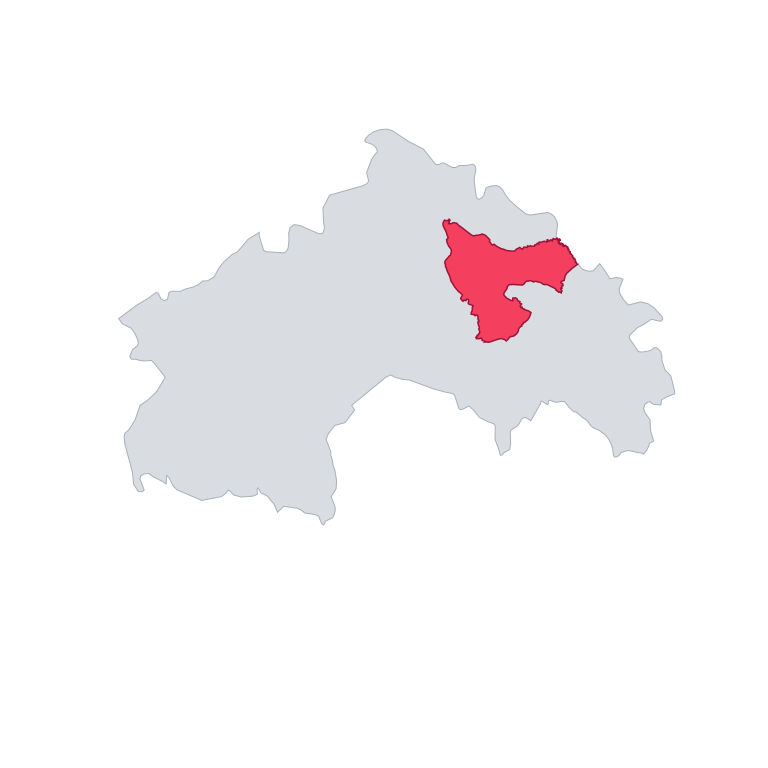 location of Kankan, Kankan, Guinea, rotated 321°
{"feature_id": "49546643B29721322070698", "entity_name": "Kankan", "entity_type": "district", "adm_level": 2, "iso_a3": "GIN", "parent_name": "Guinea", "parent_adm1": "Kankan", "projection": "robinson", "projection_center": [-9.056, 10.226], "detail": "fine", "context": "in_parent", "style": "filled", "palette": "rose", "viewbox_px": 768, "rotation_deg": 321, "n_neighbors": 0, "source": "geoboundaries", "source_scale": "gbopen_adm2", "svg_char_len": 9737}
<svg xmlns="http://www.w3.org/2000/svg" viewBox="0 0 768 768"><g transform="rotate(321 384 384)"><path d="M459.7,500.5L454.3,499.7L451.9,500.8L444.7,510.3L440.4,514.0L433.7,512.9L431.3,513.5L429.5,512.5L432.0,507.3L435.4,496.9L444.2,486.5L444.4,484.3L440.8,478.3L437.1,470.0L437.1,461.1L436.3,454.7L428.6,452.9L427.1,451.8L426.9,449.6L431.3,438.6L431.7,436.3L431.1,434.3L426.4,428.7L418.9,418.2L406.1,396.7L401.3,392.1L396.8,385.6L395.0,381.4L390.3,379.9L345.5,380.2L344.7,385.8L329.3,389.5L319.8,385.2L309.2,387.7L304.1,390.6L300.1,403.1L297.8,405.8L295.6,411.5L293.5,414.6L291.2,420.8L286.1,429.6L280.8,435.3L271.9,438.4L269.1,447.7L267.0,451.1L263.5,453.9L259.8,455.6L252.5,453.8L248.4,455.5L247.7,453.2L250.0,445.8L248.2,442.0L241.2,434.3L240.5,430.6L238.4,425.9L229.1,416.0L220.5,416.7L222.9,408.4L222.8,397.5L219.9,391.5L220.7,385.4L219.1,385.8L216.2,390.0L211.5,388.6L202.1,382.1L197.4,375.8L196.9,370.4L195.8,368.3L192.9,369.4L187.0,369.3L169.1,359.8L156.4,335.7L156.1,330.3L158.0,321.0L157.6,318.4L151.7,324.6L150.6,320.5L146.2,310.8L144.9,305.3L140.6,302.8L137.1,302.3L134.5,304.2L130.9,315.5L128.3,315.4L125.5,313.0L126.2,304.6L133.1,294.0L144.9,267.4L149.0,261.3L151.7,259.2L157.1,259.0L167.8,255.4L181.0,247.1L191.0,247.8L202.8,246.8L218.3,241.1L218.5,223.2L218.0,219.2L212.6,215.6L209.4,212.5L206.7,208.6L203.3,205.8L203.5,202.8L210.3,199.0L216.6,199.1L218.7,197.6L220.3,195.0L222.1,188.6L222.7,181.8L218.6,172.7L218.9,166.2L241.5,167.1L253.9,168.9L264.1,169.4L265.7,170.9L264.3,177.2L265.6,180.9L269.0,181.9L274.7,177.5L277.7,178.5L284.0,183.9L289.9,185.4L296.4,188.4L302.4,190.0L307.8,189.8L311.9,192.8L319.4,193.8L329.2,189.9L336.9,188.2L347.6,187.8L353.3,189.1L369.7,186.0L382.6,187.7L380.5,189.8L374.6,204.1L375.3,206.7L388.4,218.8L391.5,219.7L395.1,218.0L400.7,212.4L405.2,206.4L409.5,203.4L414.5,203.6L418.4,207.9L427.7,225.8L430.1,228.1L432.3,228.0L436.4,224.7L438.5,220.8L447.2,208.9L460.6,203.0L492.3,216.6L497.0,217.6L499.8,216.6L503.7,208.6L515.7,201.7L521.4,199.8L524.7,199.6L526.0,197.4L526.6,194.2L525.9,190.8L522.2,184.7L522.1,182.9L524.2,181.7L528.8,180.9L534.7,181.5L541.4,184.1L546.8,187.9L549.9,192.4L555.8,211.3L562.5,226.2L562.3,246.1L565.2,248.1L568.5,248.9L570.0,250.5L573.3,258.7L576.3,261.1L580.0,261.6L586.9,266.9L591.3,269.0L591.9,270.5L591.8,272.7L590.1,275.5L583.4,281.0L580.1,285.7L573.4,296.9L573.2,299.0L574.6,300.6L577.4,300.8L580.4,300.1L586.6,295.9L591.5,297.4L596.3,300.5L598.0,303.8L598.4,308.1L597.4,313.6L597.2,319.8L598.8,330.3L601.2,340.8L603.7,344.6L619.4,353.9L621.0,357.4L621.8,361.3L620.6,366.6L619.0,369.6L610.4,377.8L609.1,381.7L609.8,389.0L610.4,419.9L613.8,425.0L617.8,427.7L627.3,426.2L627.0,434.8L625.8,444.4L631.3,447.3L634.1,450.2L635.6,453.0L626.9,458.0L624.4,461.0L623.2,469.0L623.5,476.4L635.2,481.7L639.7,487.9L641.8,494.3L642.5,506.5L641.4,509.2L638.4,509.3L632.4,501.9L623.3,501.1L616.6,499.7L605.3,500.7L603.4,502.9L602.1,519.0L604.8,521.7L610.2,524.7L613.7,526.0L616.7,525.7L618.9,527.7L619.4,533.0L617.8,536.8L614.9,540.5L611.2,549.8L612.0,558.3L605.6,571.9L603.8,574.6L595.4,571.9L589.9,571.0L585.9,574.5L580.4,569.1L579.4,565.0L577.4,564.1L573.7,564.1L570.3,566.4L568.8,570.7L568.1,579.5L561.9,587.7L557.6,598.1L552.6,597.1L551.5,598.4L546.1,601.0L541.5,601.8L540.3,599.0L537.7,596.8L534.7,592.4L531.3,588.9L524.8,586.4L522.3,587.5L519.2,587.2L517.2,585.8L517.5,583.7L520.9,578.3L522.8,573.4L523.9,568.0L523.9,562.9L522.1,555.6L519.2,549.9L518.4,546.5L518.8,541.8L518.1,537.4L517.2,535.1L515.8,526.7L514.1,525.2L513.1,518.5L513.4,511.6L510.9,509.0L507.0,507.1L504.6,504.4L503.2,501.4L501.8,500.6L500.6,500.7L499.5,502.6L498.1,503.0L495.8,496.6L494.9,496.3L493.3,497.8L475.0,504.9L472.7,498.8L469.2,497.7L463.2,500.2L459.7,500.5Z" fill="#d9dde1" stroke="#a8b0b8" stroke-width="1"/><path d="M609.7,412.8L609.3,412.4L609.6,410.9L609.9,410.5L609.9,410.3L609.3,409.7L609.7,409.5L610.0,409.0L610.6,408.6L610.7,407.8L611.0,407.2L611.0,406.8L610.9,406.4L610.4,406.2L610.5,406.1L610.8,406.0L610.9,405.9L610.6,405.2L610.6,404.7L610.4,404.3L610.8,403.4L611.2,403.4L611.4,402.9L611.1,401.2L611.3,400.7L610.9,400.2L611.3,399.3L610.9,398.9L611.0,398.6L611.9,398.5L612.0,398.4L611.5,397.2L611.5,396.3L612.3,395.9L612.3,395.7L611.7,395.3L611.7,395.0L611.8,394.6L612.5,394.9L612.7,394.5L612.6,393.8L612.9,393.0L612.5,392.9L612.2,392.7L612.4,391.9L612.3,391.6L612.4,391.1L612.3,390.5L612.0,390.2L611.7,390.1L611.4,390.1L610.8,390.3L610.3,390.3L609.9,390.0L609.9,389.7L610.1,388.7L610.3,388.6L610.6,389.0L610.8,389.1L611.0,389.0L611.2,387.8L611.2,387.5L611.0,387.1L610.5,386.8L610.7,386.5L610.6,386.2L610.0,386.2L609.3,386.9L609.0,386.9L608.7,386.6L608.4,385.4L608.5,385.1L609.1,384.8L609.3,384.6L609.2,384.5L608.3,384.0L608.3,383.8L608.5,383.5L609.6,383.7L610.9,383.1L611.3,383.3L611.5,383.3L611.7,383.0L611.7,381.9L611.5,381.5L611.1,381.5L610.3,382.1L609.9,382.0L609.4,381.6L609.3,381.2L609.4,380.9L609.6,380.7L610.3,380.2L610.4,379.6L609.2,379.3L608.2,379.3L607.3,378.5L607.3,377.6L606.8,377.5L604.7,378.7L604.4,377.7L604.5,377.0L604.0,376.8L602.5,377.1L601.8,376.6L602.1,375.0L601.4,374.6L601.0,375.0L600.2,376.2L599.4,375.5L598.6,374.1L597.8,373.6L596.4,373.2L595.1,372.6L594.0,371.4L593.0,371.7L592.3,372.6L591.6,371.1L591.1,371.4L589.8,371.5L589.2,370.9L588.5,370.8L587.8,371.5L586.8,371.0L585.5,369.9L584.7,368.6L583.7,368.5L582.5,367.0L581.8,367.8L580.9,367.8L579.8,366.4L578.7,365.6L576.7,366.4L576.6,366.1L576.2,365.8L575.6,364.7L575.6,363.6L575.0,363.0L573.7,363.2L572.7,362.7L571.5,362.5L570.0,362.9L568.5,362.5L567.3,361.5L563.4,357.5L562.7,356.5L562.1,355.1L560.2,352.5L558.4,348.4L558.0,347.0L557.5,344.6L556.9,344.5L556.5,344.6L555.9,344.4L555.6,344.1L555.6,343.6L555.5,343.1L555.5,342.9L555.5,342.5L555.6,341.1L555.5,340.3L555.4,339.9L556.4,339.1L557.0,338.5L556.8,335.8L556.5,332.7L556.0,331.5L555.5,330.4L554.6,329.7L554.5,329.0L553.1,328.8L550.3,327.3L549.0,326.3L546.7,325.2L545.7,323.2L545.5,322.2L545.1,320.7L543.0,311.8L542.5,309.7L541.9,307.9L541.7,304.9L539.4,302.2L537.1,301.8L535.2,300.0L536.3,299.8L536.7,298.6L538.4,298.3L538.3,296.9L536.4,297.1L534.1,295.1L534.0,294.7L532.5,295.4L531.5,295.8L530.6,296.7L529.7,298.0L528.8,301.3L528.5,303.1L527.8,305.6L526.7,308.0L526.0,310.7L523.5,311.2L522.3,313.1L521.6,315.3L521.0,317.8L521.0,321.1L520.6,321.8L520.5,322.3L520.3,322.9L518.5,324.4L517.8,324.9L517.3,325.3L516.5,325.7L515.1,325.6L513.1,326.1L509.7,326.6L508.1,327.4L507.3,328.5L506.8,330.0L505.6,331.6L505.4,333.1L504.9,334.2L504.2,336.2L503.8,337.7L503.3,339.7L502.8,341.7L502.0,343.7L501.1,345.4L500.7,346.6L500.7,348.7L500.4,349.6L500.4,350.5L500.1,352.1L500.0,353.2L500.0,353.7L500.0,355.9L500.1,356.7L500.0,358.2L500.2,359.4L500.3,360.2L500.7,361.1L500.8,361.8L500.7,362.4L500.9,362.9L501.1,363.5L500.8,364.2L500.5,364.5L498.1,365.4L497.5,365.7L497.3,366.2L497.2,366.8L497.3,367.1L497.3,368.8L497.5,369.4L498.0,369.2L498.4,369.3L499.1,369.5L499.3,369.7L499.6,370.3L499.8,370.6L500.1,370.8L500.5,370.7L501.0,370.3L501.6,370.2L502.1,370.3L502.3,370.6L502.7,371.4L502.7,371.8L501.8,372.9L501.3,373.5L500.6,373.9L500.2,374.3L500.2,374.6L500.2,375.0L500.5,376.0L501.1,376.7L501.3,376.9L502.0,378.0L502.1,378.8L502.4,379.4L502.3,379.5L501.4,379.9L500.9,379.9L500.5,380.5L499.4,381.8L498.6,382.5L497.2,383.1L496.5,383.7L495.7,384.3L495.7,384.6L496.1,385.2L496.8,385.8L497.6,386.8L497.8,387.2L497.8,387.5L497.6,387.7L497.7,388.1L497.9,388.4L498.8,388.2L499.5,389.0L499.8,389.2L499.8,389.7L499.5,390.1L499.6,390.5L499.6,390.8L498.7,391.6L498.4,392.0L498.3,392.3L497.5,393.3L497.6,393.6L497.6,394.3L497.4,394.7L497.2,394.9L496.5,395.4L496.2,395.2L495.8,395.0L495.1,396.3L494.1,398.4L494.0,399.5L493.8,400.0L493.3,400.4L492.9,400.7L492.5,400.7L492.4,400.8L491.9,401.9L491.6,402.5L491.6,403.2L491.2,403.8L490.7,404.2L490.5,404.4L490.1,404.4L489.6,404.8L489.3,404.8L489.1,404.6L488.4,404.9L488.0,405.0L487.9,405.2L487.5,405.3L487.1,404.9L486.9,404.8L486.7,405.1L486.4,405.4L486.2,405.5L485.6,405.4L484.8,405.6L484.6,405.7L484.6,406.1L485.0,406.1L485.2,406.5L485.2,407.0L484.7,407.2L485.8,408.0L487.1,409.2L488.1,409.2L488.6,410.5L487.8,411.7L487.7,412.1L488.8,413.3L489.5,414.7L488.7,414.8L490.1,415.7L490.7,416.6L491.6,417.4L492.8,418.0L496.4,419.3L498.2,419.9L502.5,421.8L504.1,422.8L504.9,424.3L505.8,425.4L505.9,426.7L506.1,427.5L509.3,427.2L510.2,426.9L511.3,426.6L512.6,427.1L514.6,428.2L515.6,428.5L518.5,428.4L520.5,427.9L522.0,427.1L523.1,426.1L524.0,425.7L526.4,425.3L527.6,425.7L527.8,425.3L528.6,424.7L529.4,424.5L530.1,424.9L531.2,424.1L532.5,424.7L533.8,424.5L536.0,424.6L539.2,423.5L540.6,422.7L543.1,421.1L543.1,420.5L542.7,419.3L542.2,418.0L541.7,417.1L540.8,416.0L540.1,414.9L540.1,414.2L540.1,413.7L539.4,412.8L539.2,412.0L539.7,411.3L539.6,411.0L539.0,410.9L538.7,411.0L538.6,410.6L538.7,409.9L539.1,408.8L540.6,408.8L541.3,408.4L541.1,407.8L540.5,406.8L540.7,406.3L541.0,405.6L541.5,405.4L540.4,403.8L541.0,401.9L540.7,400.5L540.4,399.8L539.6,399.4L538.9,398.6L538.1,398.3L537.4,399.1L536.5,400.3L536.1,400.1L535.3,398.8L534.8,398.1L534.5,397.0L534.3,396.6L533.4,394.4L533.2,391.7L533.1,390.9L533.5,389.7L534.2,389.1L535.6,388.4L538.4,387.7L539.7,387.2L541.0,386.0L543.0,385.5L544.5,386.1L547.7,388.5L550.5,391.2L553.8,394.1L555.6,394.4L558.0,393.7L559.9,393.9L560.8,394.8L562.6,395.6L563.3,396.5L564.5,398.3L564.3,398.7L566.3,399.5L566.9,400.0L567.6,401.4L568.3,401.9L570.0,404.5L570.3,406.4L571.4,407.9L572.5,408.6L573.4,409.6L574.2,411.1L574.9,412.9L575.7,414.4L576.3,415.6L576.7,416.7L577.3,418.4L576.7,419.3L577.1,420.5L577.5,422.6L578.5,423.0L579.0,424.7L579.5,424.2L580.8,423.8L581.1,421.3L582.0,420.7L582.5,421.6L583.4,420.3L584.0,419.7L585.1,420.2L586.0,418.5L585.3,416.7L586.1,416.0L587.6,416.2L589.2,416.9L592.5,414.2L595.3,413.0L603.4,412.5L609.7,412.8Z" fill="#f43f5e" stroke="#9f1239" stroke-width="1.5"/></g></svg>